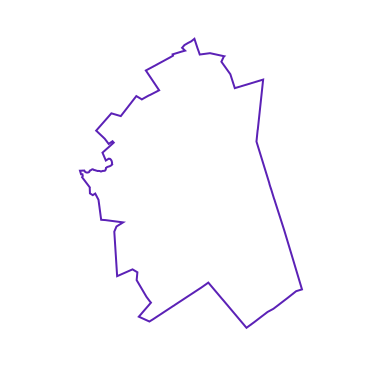 Nogales, Sonora, Mexico, rotated 73°
{"feature_id": "50627088B60868873287779", "entity_name": "Nogales", "entity_type": "district", "adm_level": 2, "iso_a3": "MEX", "parent_name": "Mexico", "parent_adm1": "Sonora", "projection": "equal_earth", "projection_center": [-111.044, 31.194], "detail": "fine", "context": "isolated", "style": "outline", "palette": "violet", "viewbox_px": 384, "rotation_deg": 73, "n_neighbors": 0, "source": "geoboundaries", "source_scale": "gbopen_adm2", "svg_char_len": 3133}
<svg xmlns="http://www.w3.org/2000/svg" viewBox="0 0 384 384"><g transform="rotate(73 192 192)"><path d="M317.3,115.3L282.4,115.1L256.6,115.0L255.8,115.0L255.2,115.0L247.5,115.1L226.0,115.4L224.9,115.4L223.8,115.4L223.3,115.4L222.7,115.5L222.3,115.5L221.7,115.5L221.3,115.5L220.9,115.5L220.7,115.5L220.4,115.5L220.1,115.5L219.7,115.5L219.3,115.5L219.1,115.5L218.8,115.5L218.6,115.5L218.4,115.5L218.1,115.5L217.8,115.5L217.6,115.5L217.4,115.5L217.2,115.5L216.8,115.5L216.5,115.5L216.0,115.5L215.3,115.5L215.2,115.5L214.7,115.5L214.2,115.5L213.7,115.5L213.2,115.5L212.8,115.5L212.3,115.5L212.0,115.5L211.9,115.6L211.3,115.6L211.2,115.6L210.7,115.5L210.2,115.6L209.6,115.6L208.9,115.6L208.3,115.6L208.0,115.6L207.9,115.6L207.7,115.6L207.1,115.6L206.0,115.5L162.6,115.6L151.9,111.1L151.7,110.9L105.3,91.1L105.2,120.7L90.6,120.9L77.5,125.3L76.0,125.8L71.9,122.1L71.6,121.5L64.5,134.2L62.8,144.4L59.6,144.5L55.9,144.7L46.2,144.9L47.7,148.7L48.3,152.1L49.3,156.3L51.2,159.3L54.8,157.3L54.7,161.1L54.7,170.3L56.1,170.3L56.7,172.9L59.1,184.6L62.3,200.6L85.1,193.7L86.9,203.5L87.1,205.3L88.2,210.4L88.4,211.3L88.8,212.9L88.5,213.1L84.0,217.2L98.6,237.9L93.2,246.1L105.3,265.7L115.5,259.9L121.7,257.6L120.2,253.2L121.9,252.4L124.6,258.2L125.9,261.1L128.2,266.1L136.7,265.2L135.8,261.9L135.9,261.6L136.0,261.5L136.1,261.2L136.3,261.0L136.3,260.8L136.5,260.6L137.0,260.3L137.5,260.1L138.1,259.9L138.5,259.8L138.9,259.8L139.2,259.8L139.6,259.8L140.2,259.9L140.4,259.9L140.6,259.9L140.9,259.9L141.1,260.0L141.4,260.2L141.5,260.3L141.9,260.4L142.1,260.4L142.3,260.3L142.5,260.6L142.7,261.0L142.9,261.5L143.0,261.9L143.1,262.1L143.1,262.4L143.2,262.7L143.3,263.2L143.3,263.7L143.3,264.4L143.3,265.3L143.3,265.8L143.6,266.4L143.7,266.7L143.8,267.2L144.3,267.4L144.7,267.6L144.9,267.8L145.2,267.9L145.4,268.1L145.6,268.3L145.9,268.5L146.0,268.7L146.1,268.9L146.1,269.3L146.1,269.6L146.1,269.9L146.0,270.2L145.9,270.5L145.9,270.8L145.7,271.3L145.7,271.5L145.7,271.8L145.8,272.1L145.8,272.5L145.8,272.8L145.7,273.2L145.6,273.4L145.3,273.7L145.0,274.0L144.9,274.3L144.8,274.6L144.7,274.9L144.5,275.3L144.4,275.5L144.4,275.8L144.3,276.2L144.1,276.5L143.9,276.7L143.4,277.5L143.1,278.0L142.7,278.4L142.4,279.2L142.0,279.5L141.7,279.8L141.5,280.0L141.3,280.2L141.2,280.4L141.2,280.7L141.2,281.2L141.4,281.7L141.6,282.5L141.7,283.1L141.7,283.3L141.7,283.5L141.9,283.7L142.2,283.9L142.4,284.1L142.6,284.3L142.9,284.8L142.9,285.4L142.9,286.0L142.7,286.8L142.2,287.6L141.8,288.1L141.0,288.5L140.0,288.7L138.9,292.9L142.6,292.9L143.0,291.6L144.8,291.8L145.7,292.8L157.7,288.4L157.8,288.5L163.5,290.0L166.0,287.8L165.2,285.0L172.1,283.7L179.4,284.9L192.0,287.0L193.6,282.9L200.9,266.8L202.9,274.3L207.2,277.9L250.6,288.2L248.6,271.5L252.8,267.7L260.1,270.7L278.9,266.2L284.2,264.3L285.1,263.9L285.8,263.6L295.7,279.3L303.4,270.6L302.3,266.4L301.5,263.7L301.2,262.7L293.3,235.7L292.7,233.6L290.9,227.5L286.1,211.0L284.1,204.9L283.4,202.9L299.5,196.0L302.8,194.6L304.1,194.0L305.0,193.6L317.9,188.1L337.8,179.6L334.5,170.1L332.4,164.5L328.8,154.8L327.5,148.3L321.4,131.9L317.3,121.4L317.3,118.7L317.3,115.3Z" fill="none" stroke="#5b21b6" stroke-width="2"/></g></svg>